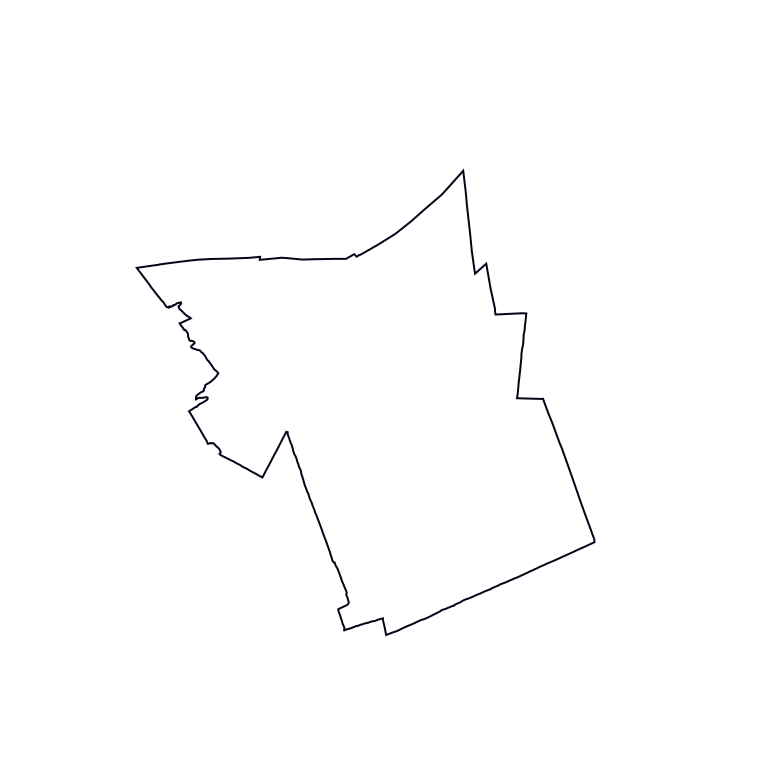 outline of Garla Mare, Mehedinti, Romania, rotated 131°
{"feature_id": "2599482B64149549222461", "entity_name": "Garla Mare", "entity_type": "district", "adm_level": 2, "iso_a3": "ROU", "parent_name": "Romania", "parent_adm1": "Mehedinti", "projection": "albers", "projection_center": [22.804, 44.221], "detail": "fine", "context": "isolated", "style": "outline", "palette": "ink", "viewbox_px": 768, "rotation_deg": 131, "n_neighbors": 0, "source": "geoboundaries", "source_scale": "gbopen_adm2", "svg_char_len": 6130}
<svg xmlns="http://www.w3.org/2000/svg" viewBox="0 0 768 768"><g transform="rotate(131 384 384)"><path d="M554.0,297.6L556.2,293.5L557.2,291.8L558.5,289.3L558.9,288.6L559.9,287.3L562.2,282.4L563.2,280.6L565.1,276.5L565.9,275.3L566.4,275.0L566.8,274.9L567.4,274.6L568.2,273.6L569.2,271.4L570.6,269.4L571.9,267.3L572.9,266.9L573.9,266.7L574.8,266.8L583.7,270.7L584.1,270.7L584.3,270.6L585.3,269.2L588.4,263.7L589.1,262.8L589.7,261.5L592.4,257.4L592.7,256.4L593.6,254.6L594.2,254.0L594.5,253.5L595.0,252.8L595.5,252.6L595.9,252.5L596.9,252.8L595.2,251.8L593.9,251.3L592.9,250.6L589.2,248.3L587.1,247.3L586.8,247.0L585.3,246.5L584.2,245.4L583.8,245.2L580.6,243.4L578.6,242.1L577.7,241.7L574.7,239.4L571.6,237.7L569.6,236.1L568.7,235.4L567.8,234.8L566.9,234.5L563.6,232.5L561.5,231.0L561.6,230.9L562.2,230.8L567.8,223.1L572.0,217.7L565.6,214.3L562.8,212.6L560.1,211.3L554.1,208.8L544.7,204.2L542.9,203.5L536.8,200.7L536.6,200.4L535.1,199.4L531.4,197.7L528.7,196.5L524.8,195.0L523.0,194.2L518.3,192.3L517.8,192.4L517.2,192.2L516.2,191.8L513.1,189.8L510.7,188.8L510.0,188.3L507.5,187.2L506.5,186.4L506.0,186.3L505.5,186.1L505.0,185.5L504.8,185.5L504.4,185.7L503.8,185.7L503.2,185.4L498.7,183.2L496.3,182.5L494.9,182.0L493.1,181.1L490.3,179.4L489.5,179.1L488.6,178.5L486.2,177.4L482.0,175.5L480.2,174.6L479.1,173.9L475.3,172.3L470.0,169.6L468.8,168.9L468.5,168.8L467.9,168.7L467.3,168.6L464.9,167.4L460.8,165.4L459.3,165.0L454.2,162.2L450.3,160.4L445.5,158.1L444.7,157.7L442.9,156.7L432.6,152.1L430.0,151.0L426.0,149.1L424.7,148.6L422.7,147.6L421.7,147.3L420.2,146.7L415.1,144.2L414.4,144.0L413.3,143.5L404.6,139.2L395.1,134.9L387.5,131.4L381.4,128.7L376.1,126.2L366.3,121.8L365.4,121.3L363.4,123.2L356.7,135.2L351.1,145.5L343.8,158.5L330.5,181.6L320.9,198.6L315.9,207.5L312.8,213.7L303.0,231.4L298.9,239.6L293.7,249.2L290.8,254.3L292.1,255.5L307.5,274.3L303.6,276.7L295.2,282.8L285.0,289.8L273.1,298.3L271.0,300.1L267.2,302.6L262.2,305.4L255.0,311.0L251.4,313.0L248.1,315.5L242.4,319.3L237.4,322.9L240.1,326.3L251.9,338.6L258.4,345.4L256.9,347.2L254.1,350.0L242.1,366.1L226.1,385.8L236.6,387.1L241.0,387.7L237.5,391.8L226.1,404.9L214.2,417.5L195.0,438.4L187.6,446.0L182.8,451.2L171.1,464.1L198.1,464.5L203.6,464.7L223.9,467.7L244.3,470.4L263.1,473.9L282.4,479.8L302.0,486.6L302.9,487.3L305.9,488.2L305.5,491.6L314.5,494.8L322.0,503.4L336.6,519.6L343.7,527.3L351.6,538.4L355.8,544.0L371.8,559.2L369.3,560.9L377.2,568.5L391.7,583.9L402.5,595.9L412.8,606.5L420.5,613.6L434.6,626.2L441.0,631.8L441.7,632.2L456.9,645.4L458.6,646.7L463.1,625.3L463.7,623.5L464.3,620.3L465.8,612.7L466.3,609.2L466.6,608.5L466.7,608.0L466.8,606.9L467.0,605.6L466.9,605.0L467.1,603.8L468.2,600.2L468.5,598.3L467.1,597.2L466.7,597.1L465.7,596.2L465.8,596.0L466.3,595.9L463.4,594.5L463.1,594.6L462.7,594.8L462.3,594.4L461.3,593.6L460.9,593.4L460.6,593.4L460.4,593.5L459.8,593.5L459.2,593.2L458.8,593.2L458.2,592.8L458.0,592.5L456.5,591.4L455.7,591.0L455.6,590.8L455.9,590.2L456.1,590.1L456.6,589.9L458.6,589.7L459.5,589.9L460.2,589.9L460.4,589.8L460.4,589.5L461.4,588.1L461.5,587.2L461.5,585.7L461.5,584.3L461.6,584.1L461.9,580.4L461.9,578.9L461.5,575.3L461.2,574.2L461.2,572.9L463.5,573.9L467.4,575.7L469.4,576.5L472.2,578.0L472.3,577.5L472.7,576.8L472.9,576.3L472.9,575.8L473.0,575.4L473.3,574.3L473.4,573.5L473.5,572.7L473.7,572.2L474.0,571.8L474.3,570.6L474.2,570.1L473.8,570.1L473.6,569.1L473.7,568.5L473.9,567.4L474.2,566.6L474.4,565.5L475.3,564.2L476.1,563.6L477.1,562.6L477.4,561.6L477.8,560.9L478.3,560.3L478.5,559.9L478.7,559.3L478.4,558.3L477.9,557.8L477.4,557.1L477.1,556.3L476.9,555.7L476.8,555.3L477.0,554.2L477.4,553.8L477.7,553.7L480.2,554.2L482.5,554.2L482.8,552.9L482.6,551.9L482.2,550.6L481.7,549.9L481.3,549.1L481.2,548.2L480.5,546.7L479.9,546.0L479.6,545.3L479.5,544.2L479.7,543.3L479.8,542.7L479.6,541.4L479.7,540.4L479.9,539.6L480.3,537.1L481.1,535.3L481.5,533.8L481.7,533.4L481.9,532.8L481.8,532.0L481.8,530.9L482.2,530.0L482.5,528.0L483.0,526.3L483.3,525.4L483.8,523.3L484.2,522.2L484.3,521.2L484.2,519.8L484.2,519.1L484.4,517.2L484.4,516.5L484.5,516.2L485.0,516.0L486.3,515.9L487.6,515.6L492.3,515.7L497.1,516.5L501.2,517.9L502.1,518.1L502.6,517.9L503.6,516.9L505.9,516.7L507.0,515.7L507.7,515.5L510.9,516.9L515.6,517.8L516.5,517.6L517.6,517.0L518.6,516.3L519.0,515.8L518.4,515.4L517.1,515.3L515.5,514.3L514.2,512.5L510.6,509.5L510.1,508.7L510.1,508.1L511.1,507.3L512.8,507.3L516.8,508.6L521.0,510.3L521.6,510.1L523.3,510.5L524.1,510.3L525.3,511.2L527.0,511.7L529.0,512.2L530.2,512.6L532.3,513.2L532.7,513.1L532.6,512.7L533.9,508.6L540.8,488.0L542.3,483.8L542.7,482.2L543.6,479.7L544.5,478.4L544.7,477.6L544.4,477.3L543.9,477.0L542.5,476.4L542.2,476.1L542.1,475.8L541.9,475.1L541.7,474.9L541.4,474.7L540.7,474.1L540.6,473.8L541.0,469.1L540.9,467.9L541.1,465.8L542.1,463.4L542.5,462.6L542.7,462.3L544.6,462.4L544.8,462.2L544.8,461.0L544.2,457.9L543.4,455.1L542.7,452.1L542.0,449.5L540.9,445.8L540.9,445.3L540.8,444.4L540.5,442.8L539.7,440.2L539.3,437.3L539.1,435.8L538.6,434.0L537.8,431.4L537.7,430.5L537.6,429.6L537.3,427.9L535.5,420.2L535.1,417.9L534.5,415.5L534.4,414.5L534.0,414.5L525.4,416.6L519.5,417.9L509.6,420.3L506.1,421.0L493.3,424.2L489.5,425.1L488.5,425.3L484.2,426.4L483.6,425.0L484.4,424.4L485.3,423.4L487.5,419.4L488.1,418.5L489.7,415.7L490.6,413.6L491.7,412.1L491.8,411.7L493.3,409.6L493.8,409.0L494.3,408.3L494.4,407.9L494.9,407.1L495.1,406.8L496.1,405.0L496.4,403.8L497.0,402.4L499.1,398.9L499.7,398.2L500.5,396.6L500.9,395.7L502.4,393.7L502.7,392.6L503.4,391.2L503.9,390.1L504.5,389.2L505.0,388.5L505.9,387.7L506.9,386.1L507.4,384.9L507.8,384.5L509.5,381.7L511.8,378.3L513.6,375.1L514.7,372.9L515.7,371.4L515.9,370.5L516.3,369.6L516.4,369.1L517.0,368.3L518.3,366.3L519.1,365.0L520.3,362.5L520.5,361.7L523.0,357.4L523.5,356.4L523.8,355.6L526.4,351.1L527.0,349.7L532.6,339.3L533.9,336.9L534.9,335.0L536.0,333.4L536.8,331.9L539.4,327.1L539.9,326.0L541.2,323.7L541.6,322.9L543.1,320.4L543.8,319.0L544.3,318.2L546.3,314.6L547.0,313.5L547.6,312.8L547.8,312.3L550.2,308.4L550.7,307.8L551.0,307.2L551.5,305.8L551.6,305.0L551.6,304.5L551.1,304.1L552.5,301.9L554.0,297.6Z" fill="none" stroke="#020617" stroke-width="2"/></g></svg>